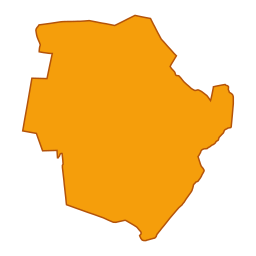 the district of Kwanza, Rift Valley, Kenya
{"feature_id": "3690345B32096026427645", "entity_name": "Kwanza", "entity_type": "district", "adm_level": 2, "iso_a3": "KEN", "parent_name": "Kenya", "parent_adm1": "Rift Valley", "projection": "robinson", "projection_center": [35.017, 1.14], "detail": "fine", "context": "isolated", "style": "filled", "palette": "amber", "viewbox_px": 256, "rotation_deg": 0, "n_neighbors": 0, "source": "geoboundaries", "source_scale": "gbopen_adm2", "svg_char_len": 3523}
<svg xmlns="http://www.w3.org/2000/svg" viewBox="0 0 256 256"><path d="M225.1,84.5L222.1,85.0L215.9,86.2L213.4,86.8L213.3,87.7L213.1,88.9L212.9,89.9L211.9,94.9L211.0,98.9L210.5,100.6L208.7,98.0L208.2,97.3L206.8,95.5L205.3,94.4L204.6,93.8L201.7,91.6L201.0,91.2L200.2,90.8L198.6,90.0L197.6,89.9L196.2,90.3L195.0,90.5L193.6,89.9L191.3,88.5L188.6,86.0L186.8,84.5L184.2,82.1L183.4,81.2L182.4,80.0L180.6,77.7L178.8,75.8L177.6,75.6L176.6,75.6L175.8,75.1L175.3,73.9L175.0,72.8L174.7,72.1L174.1,71.4L172.9,70.0L172.2,69.4L171.6,68.6L171.1,68.0L170.6,67.2L170.1,66.6L171.0,64.7L176.4,55.8L174.1,53.5L172.0,51.1L170.3,49.2L167.8,46.5L164.3,42.5L161.2,39.1L160.8,38.3L159.9,36.7L159.4,35.7L157.7,32.6L156.0,29.3L154.5,26.3L153.5,24.5L151.0,19.5L150.5,18.5L142.6,17.0L139.7,16.4L135.0,15.4L127.3,19.2L125.0,20.4L118.2,23.8L114.7,25.5L105.8,23.7L102.5,23.2L98.3,22.4L97.5,22.2L89.2,20.6L88.2,20.7L84.6,21.0L80.0,21.3L78.0,21.3L77.3,21.3L75.1,21.4L70.8,21.5L67.8,21.5L63.3,21.6L60.8,21.8L50.2,23.4L39.0,24.9L37.9,26.6L37.1,27.4L36.1,29.1L35.9,30.4L36.1,31.9L36.6,34.8L37.1,36.8L38.3,39.9L39.4,42.3L40.3,44.9L39.8,46.5L39.5,47.9L39.2,50.7L39.2,51.8L43.6,52.6L44.5,52.7L48.8,53.3L50.2,53.4L52.3,53.5L49.5,66.6L47.0,78.6L31.9,78.2L27.4,104.3L24.6,119.9L22.7,130.9L36.4,133.4L41.3,147.2L41.9,148.9L42.6,150.8L57.0,150.4L57.5,157.8L58.2,157.8L58.9,156.6L59.5,155.9L59.7,155.1L60.0,154.4L60.4,153.7L61.4,153.4L62.1,153.5L62.8,160.1L63.1,164.2L62.4,165.3L62.4,167.4L62.9,171.6L63.4,176.1L63.9,180.3L64.3,184.7L64.8,189.0L65.3,193.6L65.8,198.0L66.2,202.4L66.5,204.7L71.5,206.5L77.3,208.6L83.2,210.7L87.6,212.3L88.5,212.6L94.4,214.6L99.9,216.6L103.3,217.8L104.6,218.4L108.5,220.2L113.2,222.2L115.1,222.3L116.0,222.3L117.2,222.0L121.2,221.1L124.8,220.3L125.7,220.4L133.9,225.2L135.4,226.2L136.3,226.7L137.2,227.5L139.4,230.2L140.5,231.4L141.1,232.4L141.1,233.6L140.8,234.3L140.1,235.0L139.6,235.6L140.9,238.5L142.1,240.0L143.1,240.4L144.0,240.6L144.8,240.6L145.9,240.6L146.7,240.2L147.9,239.9L148.6,239.7L150.7,239.1L154.0,238.2L154.6,238.1L155.2,237.7L155.9,236.9L156.3,236.3L156.5,235.4L157.0,234.3L157.8,233.3L159.1,231.6L160.2,230.3L161.3,228.8L163.9,225.7L167.0,221.8L167.7,220.9L169.9,218.1L173.4,214.0L174.1,213.2L176.8,210.0L178.2,208.4L178.7,207.8L179.7,206.9L182.0,204.9L182.8,203.7L184.1,202.2L186.1,199.0L186.6,198.3L190.9,192.3L191.5,191.3L191.9,190.7L192.1,190.0L192.8,187.9L193.2,186.3L193.5,184.8L194.1,184.0L194.8,183.4L195.5,182.5L196.0,182.0L196.9,181.7L198.0,181.2L198.6,180.4L199.2,179.5L199.7,178.9L200.4,177.9L201.1,176.7L201.5,176.0L201.8,175.2L202.3,174.2L202.7,173.6L203.3,172.5L203.9,171.4L204.1,170.4L203.7,169.4L203.2,168.7L202.7,167.9L201.7,166.8L201.1,165.9L200.4,164.1L198.0,156.5L198.8,155.6L199.3,154.7L199.9,153.5L200.5,152.6L200.7,151.7L201.0,151.0L201.6,150.1L202.3,149.6L203.3,149.1L204.2,148.8L205.1,148.8L207.1,148.6L208.1,147.7L208.9,147.2L209.6,146.9L210.7,146.1L211.5,145.4L212.6,144.8L213.4,144.5L214.6,143.6L215.5,142.7L215.9,141.8L216.4,141.3L217.1,140.9L218.1,140.3L218.5,139.5L218.7,138.6L219.0,137.6L219.6,136.8L220.3,136.1L221.6,134.7L222.2,134.1L222.8,133.5L223.4,132.9L224.0,131.4L224.3,130.5L224.8,129.9L225.7,129.3L226.7,128.9L227.9,128.1L228.8,127.9L230.7,127.6L231.2,126.9L231.9,119.5L232.4,114.0L232.9,108.2L233.3,103.7L233.3,101.9L233.3,100.5L233.3,99.4L233.3,97.1L233.1,96.1L232.7,95.0L232.2,94.3L231.0,93.3L230.3,92.9L229.4,92.4L229.1,91.5L228.8,90.7L228.3,89.5L228.4,88.6L228.5,87.6L228.4,86.5L227.4,85.7L225.8,85.2L225.1,84.5Z" fill="#f59e0b" stroke="#b45309" stroke-width="1.5"/></svg>